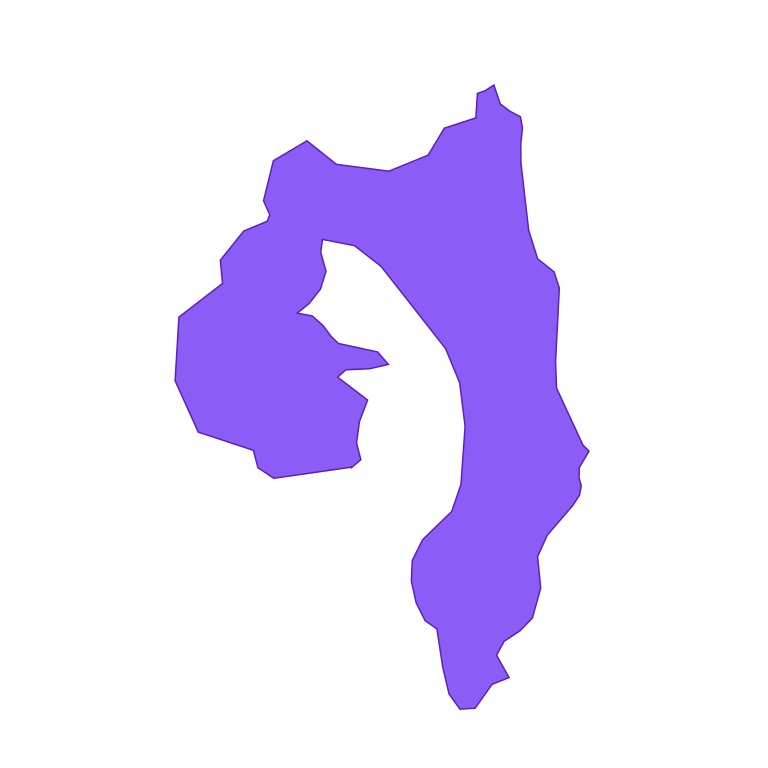 the border of Ards, rotated 8°
{"feature_id": "GBR-2137", "entity_name": "Ards", "entity_type": "District", "adm_level": 1, "iso_a3": "GBR", "parent_name": "United Kingdom", "parent_adm1": "", "projection": "mercator", "projection_center": [-5.598, 54.505], "detail": "fine", "context": "isolated", "style": "filled", "palette": "violet", "viewbox_px": 768, "rotation_deg": 8, "n_neighbors": 0, "source": "natural_earth", "source_scale": "10m", "svg_char_len": 1231}
<svg xmlns="http://www.w3.org/2000/svg" viewBox="0 0 768 768"><g transform="rotate(8 384 384)"><path d="M451.2,72.6L460.1,90.4L470.5,96.3L481.9,100.4L485.5,111.2L486.0,127.0L488.9,146.2L505.9,211.7L518.7,238.6L536.9,249.4L544.3,264.7L550.8,338.2L555.4,364.0L589.6,416.9L596.4,421.9L589.0,439.7L590.2,449.8L593.5,457.2L593.1,466.9L587.7,478.3L566.8,510.8L560.1,533.5L567.6,564.3L563.5,595.1L553.0,609.5L538.8,622.0L533.2,636.9L548.7,657.3L532.8,666.4L519.3,692.4L504.4,695.4L491.6,682.0L481.5,656.0L470.5,619.2L457.7,612.7L446.3,596.2L438.5,575.2L436.6,554.7L443.9,532.8L468.8,500.8L474.2,472.8L470.2,414.6L458.7,372.1L440.0,340.3L364.7,267.9L335.5,251.1L303.0,249.4L303.0,262.3L310.9,280.4L307.9,298.8L298.6,314.8L288.2,325.9L303.4,326.6L315.5,334.6L325.1,344.3L333.2,350.2L373.3,353.2L385.6,364.0L367.9,370.8L344.1,375.3L337.2,383.7L370.0,402.2L364.9,424.7L365.0,446.2L371.6,462.2L363.6,471.2L363.6,470.8L287.9,492.7L270.8,484.4L263.9,467.9L206.8,457.5L176.7,409.9L171.6,346.3L210.1,306.9L204.7,284.1L223.9,252.0L245.8,239.0L247.3,232.2L239.2,219.3L243.4,178.3L273.8,153.9L306.3,173.1L359.1,172.6L395.8,151.3L408.2,122.2L437.9,107.7L436.1,83.3L443.6,79.3L451.2,72.6Z" fill="#8b5cf6" stroke="#5b21b6" stroke-width="1.5"/></g></svg>